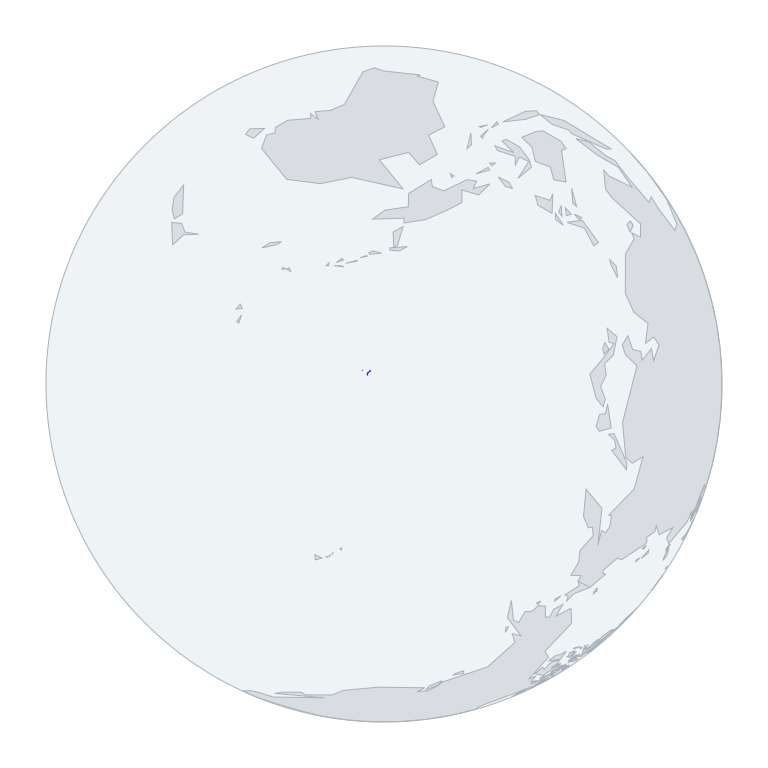 the Earth from above Ratak Chain, rotated 131°
{"feature_id": "MHL-4969", "entity_name": "Ratak Chain", "entity_type": "state/province", "adm_level": 1, "iso_a3": "MHL", "parent_name": "Marshall Islands", "parent_adm1": "", "projection": "orthographic", "projection_center": [171.288, 10.331], "detail": "fine", "context": "on_globe", "style": "filled", "palette": "violet", "viewbox_px": 768, "rotation_deg": 131, "n_neighbors": 0, "source": "natural_earth", "source_scale": "10m", "svg_char_len": 9375}
<svg xmlns="http://www.w3.org/2000/svg" viewBox="0 0 768 768"><g transform="rotate(131 384 384)"><circle cx="384" cy="384" r="338" fill="#eef3f6" stroke="#a8b0b8"/><path d="M433.2,533.6L433.5,535.9L433.1,536.1L433.2,533.6ZM708.3,289.1L703.7,284.5L699.4,277.3L693.0,262.4L660.0,223.1L689.2,263.5L682.5,257.7L671.0,244.4L670.1,239.2L652.5,218.9L642.0,213.8L616.2,189.0L586.5,153.9L594.4,157.2L586.3,149.4L576.0,145.3L571.2,144.7L529.5,120.2L493.2,115.6L488.3,123.4L484.2,115.4L479.3,137.7L463.8,145.9L477.3,131.3L475.6,125.9L463.1,128.2L458.6,123.3L450.0,122.0L445.8,116.4L454.0,109.5L451.4,106.0L442.7,108.0L433.0,104.5L446.2,101.9L430.6,95.7L441.5,85.4L480.1,87.2L482.3,80.6L511.9,81.2L505.3,78.0L512.4,77.6L507.4,74.1L514.3,76.3L504.4,71.8L499.0,70.6L492.8,68.5L489.4,66.7L497.6,68.7L500.5,69.9L501.2,69.6L506.7,71.6L502.0,69.6L512.4,72.9L497.2,67.1L501.3,67.7L509.5,70.7L515.0,73.6L547.8,91.2L557.9,97.0L566.5,101.2L569.0,101.2L590.4,116.4L610.5,133.2L629.2,151.5L646.5,171.2L662.2,192.2L676.3,214.4L676.4,214.8L684.0,229.9L696.3,256.3L703.5,273.9L703.2,273.1L708.3,289.1ZM558.2,324.3L556.0,316.6L561.7,320.4L558.2,324.3ZM551.6,312.7L553.0,315.1L551.3,313.3L551.6,312.7ZM548.4,311.9L550.7,312.5L548.2,312.6L548.4,311.9ZM544.2,311.8L546.4,311.5L546.2,311.8L544.2,311.8ZM537.2,309.2L535.4,308.3L537.3,307.2L537.2,309.2ZM569.7,145.4L576.3,145.8L587.2,151.8L582.3,151.8L569.7,145.4ZM548.2,135.8L550.0,134.0L558.8,141.3L555.1,140.0L548.2,135.8ZM485.7,130.8L491.9,129.4L487.5,132.5L485.7,130.8ZM449.5,122.9L449.2,125.0L444.9,123.5L449.5,122.9ZM534.5,81.5L532.8,80.6L535.8,82.1L534.5,81.5ZM531.3,80.1L536.0,82.4L535.2,82.1L532.3,80.7L531.3,80.1ZM434.4,113.9L427.6,111.4L436.0,112.6L434.4,113.9ZM525.8,77.3L533.1,81.4L531.5,81.0L519.4,75.4L525.8,77.3ZM424.5,109.1L407.8,104.2L405.6,108.1L402.4,95.2L417.7,103.1L428.4,103.7L423.1,105.8L424.5,109.1ZM498.8,71.1L504.3,72.3L502.9,73.2L498.8,71.1ZM499.4,72.4L503.7,80.2L493.7,78.3L494.3,75.7L484.0,75.4L477.0,70.5L481.1,69.6L488.9,71.6L480.3,68.4L499.4,72.4ZM403.2,89.4L400.4,87.6L405.0,88.3L403.2,89.4ZM490.3,67.8L492.0,69.2L483.5,67.6L478.5,64.4L482.8,65.9L490.3,67.8ZM484.7,78.0L477.5,76.7L469.9,72.2L466.1,71.2L476.0,70.3L484.7,78.0ZM483.0,65.4L476.1,63.0L477.0,62.3L488.0,66.3L483.0,65.4ZM483.5,68.6L479.2,67.8L479.9,67.1L483.5,68.6ZM476.2,59.5L478.5,60.6L474.3,59.7L476.2,59.5ZM473.5,62.2L473.2,62.5L471.8,62.5L467.6,60.9L473.5,62.2ZM470.0,67.5L468.3,66.2L465.5,67.6L459.7,64.8L467.4,64.9L461.6,63.7L459.8,63.0L468.1,64.0L470.0,67.5ZM459.0,59.4L466.8,59.5L463.5,57.3L467.2,57.9L471.9,61.4L459.0,59.4ZM463.6,61.9L461.6,60.4L467.2,61.5L472.0,63.3L463.6,61.9ZM453.0,63.2L459.9,67.3L458.0,67.2L453.0,63.2ZM457.0,58.4L455.2,58.5L456.1,58.1L457.0,58.4ZM453.0,61.3L455.7,62.6L453.4,62.4L453.0,61.3ZM449.2,57.8L451.7,57.7L455.1,58.7L449.2,57.8ZM450.0,59.2L446.3,58.7L454.8,59.1L451.6,59.7L450.0,59.2ZM450.4,60.9L449.9,61.3L449.6,60.4L450.4,60.9ZM435.1,54.4L444.9,54.8L452.4,56.9L441.7,56.1L435.1,54.4ZM275.9,63.8L276.0,63.8L267.5,67.0L270.0,66.2L275.1,64.5L261.0,70.6L263.5,69.8L269.1,67.4L277.7,64.7L287.4,62.5L281.9,64.7L277.7,65.7L260.7,71.9L250.3,75.3L249.1,76.1L256.9,73.8L277.6,66.1L284.9,64.3L275.2,67.7L279.3,66.3L281.3,66.2L278.2,68.4L288.9,64.8L317.8,64.3L314.6,69.7L302.7,71.9L317.2,77.4L312.5,85.4L317.7,82.8L328.1,85.2L329.7,82.6L332.9,81.7L360.4,89.3L362.7,93.7L380.3,96.3L383.0,95.3L382.3,92.0L402.4,95.2L405.6,108.1L399.5,109.5L405.7,117.5L390.7,120.2L381.2,126.8L361.1,126.6L355.3,132.8L358.5,135.4L353.0,146.6L330.8,162.5L334.9,137.9L365.5,116.7L351.8,123.8L350.8,119.1L343.4,120.1L334.0,126.0L335.5,128.4L299.5,126.2L268.9,140.8L281.0,144.7L280.8,153.3L256.6,178.7L204.3,205.0L203.5,221.1L198.3,229.7L187.5,231.7L194.8,219.0L190.9,211.6L196.7,204.8L181.8,205.4L189.5,195.8L174.2,202.0L171.5,211.2L181.8,213.4L165.2,224.3L165.8,242.9L157.2,261.4L127.6,287.0L110.2,290.5L107.3,296.1L104.9,286.8L94.8,295.4L93.9,334.5L91.6,344.6L78.5,358.5L79.4,350.8L72.8,325.9L66.7,349.0L71.4,374.3L72.9,400.1L67.0,388.8L66.1,366.0L63.9,356.5L68.1,335.9L73.1,303.1L67.4,305.2L71.3,293.1L77.3,265.2L71.1,267.8L59.1,291.9L51.7,322.7L51.3,324.7L56.4,301.1L63.1,278.0L71.5,255.5L81.4,233.5L92.9,212.4L105.9,192.1L120.2,172.8L135.9,154.6L152.9,137.5L171.0,121.7L190.2,107.2L210.4,94.1L231.5,82.4L253.4,72.4L275.9,63.8ZM502.9,67.7L506.2,69.0L503.9,68.2L499.2,66.5L502.9,67.7ZM517.5,73.6L520.2,74.8L514.4,72.2L517.5,73.6ZM500.8,66.9L498.0,65.9L491.9,64.3L495.6,67.3L486.0,64.7L478.2,62.1L475.9,61.0L482.8,62.8L474.7,60.1L483.0,62.0L477.6,60.1L484.5,61.4L500.8,66.9ZM451.2,52.8L448.6,52.4L454.3,54.0L451.5,53.8L446.7,52.6L447.2,53.4L436.2,51.2L433.9,51.2L420.7,49.5L412.7,47.9L410.7,48.2L400.6,47.6L393.0,46.7L402.1,47.1L387.1,46.2L395.3,46.3L393.1,46.2L394.6,46.2L423.0,48.3L451.2,52.8ZM431.3,53.8L419.8,50.8L418.7,49.6L442.1,53.1L445.7,53.4L460.7,56.7L462.0,58.5L457.6,57.3L453.7,56.6L454.8,56.3L450.9,56.1L444.7,54.7L440.0,54.3L437.6,53.2L431.3,53.8ZM361.0,46.9L364.1,46.7L358.7,47.1L351.4,47.7L351.1,47.7L361.0,46.9ZM349.5,47.8L350.1,47.8L344.8,48.4L345.1,48.3L349.5,47.8ZM355.2,47.5L349.6,48.1L359.0,47.1L355.2,47.5ZM120.3,475.7L127.1,479.5L127.1,481.0L120.3,475.7ZM112.9,468.0L120.2,471.1L112.1,470.9L112.9,468.0ZM123.2,472.3L130.7,472.0L133.9,470.7L133.7,473.7L123.2,472.3ZM108.2,466.3L85.6,456.2L77.7,448.2L78.8,443.4L91.7,451.1L108.2,466.3ZM78.2,442.9L67.1,421.1L57.6,366.9L60.9,370.4L71.9,406.6L71.0,411.0L77.7,427.2L78.2,442.9ZM108.2,427.6L107.4,441.8L94.2,435.1L88.7,430.3L84.7,409.7L86.9,401.1L91.2,403.4L112.1,379.1L118.5,389.7L111.1,400.8L116.7,415.8L108.2,427.6ZM51.1,326.1L48.2,346.8L48.0,348.4L51.1,326.1ZM123.7,360.1L113.1,370.8L123.7,355.2L123.7,360.1ZM131.8,344.6L130.9,351.8L128.7,343.7L131.8,344.6ZM104.2,305.4L99.4,304.9L100.8,300.0L107.8,297.9L104.2,305.4ZM150.7,277.3L145.0,291.1L142.0,295.3L142.7,286.0L150.7,277.3ZM305.7,57.8L299.8,57.6L291.9,59.2L281.9,62.1L293.5,58.5L305.6,56.0L305.7,57.8ZM316.8,62.9L325.6,61.3L323.6,62.8L321.3,63.4L316.8,62.9ZM320.8,61.3L328.1,58.0L334.3,57.8L327.3,60.3L320.8,61.3ZM336.6,51.1L335.2,50.8L339.6,50.1L336.6,51.1ZM387.6,647.7L397.0,650.6L391.6,658.0L381.2,664.9L365.2,665.8L387.6,647.7ZM279.6,652.8L269.5,641.9L284.2,643.7L286.3,652.2L279.6,652.8ZM395.5,642.2L400.0,633.9L392.4,622.0L403.0,633.2L417.6,634.8L401.4,650.2L395.5,642.2ZM198.9,597.3L162.3,604.7L151.6,598.7L148.4,590.2L126.8,559.2L129.8,560.8L120.5,541.1L138.7,532.3L150.0,506.8L167.0,513.6L175.6,494.4L195.3,501.0L193.1,517.5L217.9,534.6L224.2,497.7L249.4,544.0L274.3,563.2L293.3,591.6L286.6,630.9L273.2,636.0L266.0,631.1L261.7,634.2L248.3,629.8L231.8,613.7L227.9,616.7L227.5,607.0L223.8,614.7L212.7,604.0L198.9,597.3ZM343.9,554.7L349.4,556.6L361.3,565.4L352.2,562.8L343.9,554.7ZM419.9,540.8L424.6,544.7L418.1,544.9L419.9,540.8ZM433.1,536.1L425.2,536.8L433.2,533.6L433.1,536.1ZM360.9,533.2L364.5,536.2L362.7,536.9L360.9,533.2ZM358.5,532.0L360.2,528.1L361.2,532.4L358.5,532.0ZM328.7,505.1L331.1,503.3L332.7,505.3L328.7,505.1ZM137.5,483.1L146.2,474.9L152.0,475.7L137.5,483.1ZM323.7,499.7L316.7,498.2L317.0,496.0L323.7,499.7ZM323.2,494.4L321.9,491.0L327.6,499.4L323.2,494.4ZM309.0,484.9L318.1,492.1L308.2,485.5L309.0,484.9ZM304.3,484.9L298.3,481.3L298.6,480.4L304.3,484.9ZM245.8,477.8L267.1,500.8L252.0,497.2L234.3,481.9L224.1,490.4L198.7,482.5L203.3,477.0L199.0,465.6L175.1,455.3L170.2,447.2L178.0,444.8L163.4,435.3L179.2,436.7L186.5,452.6L195.9,444.2L213.7,451.4L232.5,460.4L249.3,474.4L245.8,477.8ZM181.0,467.6L183.9,468.4L181.7,471.9L181.0,467.6ZM286.9,471.6L295.6,479.9L294.9,481.5L290.8,479.7L286.9,471.6ZM252.8,472.8L270.1,465.0L274.6,466.2L263.4,476.8L252.8,472.8ZM265.1,456.6L273.9,460.0L279.1,467.5L277.4,468.9L265.1,456.6ZM148.4,445.5L148.0,449.2L144.2,445.0L148.4,445.5ZM153.2,444.6L165.2,452.4L152.3,447.6L153.2,444.6ZM121.0,420.7L123.9,430.8L133.1,428.2L126.1,434.2L133.3,451.5L131.5,456.5L124.2,437.9L123.1,454.1L119.2,452.4L116.2,437.1L119.7,420.9L123.7,415.0L140.8,417.8L121.0,420.7ZM152.8,433.4L149.8,421.8L152.2,415.4L155.3,422.0L152.8,433.4ZM142.5,393.6L136.5,379.1L129.6,381.5L144.9,369.2L148.0,385.1L142.5,393.6ZM139.6,365.1L133.0,367.2L140.8,359.6L139.6,365.1ZM132.1,362.6L132.9,354.1L137.3,356.8L132.1,362.6ZM142.8,366.6L146.5,352.9L147.4,362.0L142.8,366.6ZM134.9,335.0L141.9,352.0L130.3,341.7L136.5,315.0L142.0,316.3L134.9,335.0ZM207.9,244.4L210.2,237.2L217.1,237.6L213.5,242.4L207.9,244.4ZM241.5,235.1L219.7,235.5L202.6,237.0L204.8,241.5L195.6,252.1L195.4,239.2L212.0,229.8L223.9,230.9L231.5,222.2L243.9,218.8L250.2,207.1L257.5,203.7L255.4,214.9L241.5,235.1ZM252.5,202.1L268.1,183.7L278.3,190.4L277.1,195.9L265.7,201.3L261.0,197.4L252.5,202.1ZM274.9,181.5L270.5,177.8L284.2,148.9L289.7,144.8L284.6,168.7L280.2,166.8L275.0,173.1L274.9,181.5ZM398.2,89.0L400.2,87.7L400.8,89.7L398.2,89.0ZM333.6,80.3L338.1,79.4L338.7,81.2L333.6,80.3ZM351.0,78.2L347.2,76.7L353.5,77.4L351.0,78.2ZM338.4,73.7L346.8,75.6L335.5,75.2L338.4,73.7Z" fill="#d9dde1" stroke="#a8b0b8" stroke-width="1"/><path d="M384.6,403.0L384.0,403.1L383.9,403.2L383.7,403.2L382.7,402.8L382.5,402.7L382.6,402.8L383.6,403.2L383.9,403.2L384.0,403.1L384.6,403.0ZM386.7,403.8L386.3,403.6L386.2,403.6L385.9,403.6L385.7,403.4L385.8,403.4L385.8,403.5L386.3,403.5L386.6,403.7L386.7,403.8ZM388.3,409.2L388.2,409.2L387.9,409.1L388.0,409.2L388.3,409.2ZM386.6,408.9L386.6,409.0L386.6,408.9ZM387.0,403.3L386.9,403.4L386.9,403.5L387.0,403.3ZM387.6,403.0L387.7,402.9L387.7,403.0L387.6,403.0Z" fill="#8b5cf6" stroke="#5b21b6" stroke-width="1.5"/></g></svg>